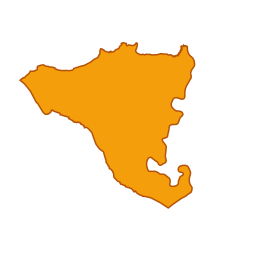 Chiang Khwan, Roi Et, Thailand (Albers equal-area conic projection), rotated 70°
{"feature_id": "78962969B97176317903626", "entity_name": "Chiang Khwan", "entity_type": "district", "adm_level": 2, "iso_a3": "THA", "parent_name": "Thailand", "parent_adm1": "Roi Et", "projection": "albers", "projection_center": [103.728, 16.148], "detail": "fine", "context": "isolated", "style": "filled", "palette": "amber", "viewbox_px": 256, "rotation_deg": 70, "n_neighbors": 0, "source": "geoboundaries", "source_scale": "gbopen_adm2", "svg_char_len": 5688}
<svg xmlns="http://www.w3.org/2000/svg" viewBox="0 0 256 256"><g transform="rotate(70 128 128)"><path d="M53.6,164.6L52.7,166.5L52.7,167.0L51.3,170.7L49.8,173.5L48.8,174.8L48.2,175.2L47.9,176.0L46.5,176.2L46.1,176.4L46.0,177.1L44.9,178.3L44.4,179.6L43.5,181.4L42.6,182.1L42.5,182.7L42.0,183.8L41.0,184.8L40.4,185.2L39.7,185.9L39.2,188.3L39.1,191.0L39.2,192.0L39.4,192.2L41.9,193.3L42.3,194.3L42.2,195.3L42.5,196.0L42.4,196.6L42.5,197.2L42.1,197.5L41.9,198.7L41.3,199.8L41.3,200.6L41.7,201.0L42.0,201.0L42.7,202.2L43.0,202.5L44.1,206.0L45.2,207.8L45.2,208.2L45.0,208.8L44.9,209.6L45.4,210.2L45.8,212.3L46.3,213.1L50.3,210.6L52.3,209.7L60.1,207.1L72.3,205.4L74.3,204.4L82.5,202.8L84.2,202.4L85.9,201.6L86.8,201.0L87.1,200.5L87.2,199.6L87.5,199.1L87.4,198.8L87.6,197.8L87.1,196.7L86.9,195.5L86.1,194.7L85.6,193.9L85.2,193.9L85.1,193.1L86.6,192.2L89.7,188.5L90.7,187.0L91.1,186.9L92.4,187.2L93.2,185.9L97.7,179.9L98.8,180.5L99.0,180.4L102.6,177.1L103.0,177.3L103.3,177.3L103.8,176.7L104.4,176.2L104.5,176.0L104.4,175.3L104.7,174.7L105.4,174.4L105.4,173.4L105.7,172.2L106.1,172.2L107.1,170.8L107.4,170.7L108.0,171.1L109.5,169.5L110.7,169.1L110.7,168.7L111.2,168.5L112.9,168.8L113.0,167.5L113.6,166.3L115.5,165.3L119.6,163.7L120.9,163.5L123.1,163.6L132.3,163.6L137.1,162.2L138.4,161.6L140.6,160.2L141.5,159.4L142.1,159.2L147.0,159.6L151.9,159.8L152.3,160.2L152.7,160.3L155.8,159.5L156.8,159.6L158.0,159.0L158.6,159.2L158.8,159.1L159.6,159.4L160.4,158.9L160.8,158.3L161.1,158.0L162.1,157.7L162.5,157.8L162.8,157.4L163.6,157.2L164.1,157.4L165.2,157.1L168.4,157.7L169.0,158.0L170.2,157.9L171.6,157.1L173.1,156.6L174.6,155.8L176.0,154.1L176.4,154.0L176.8,154.3L177.3,154.2L177.9,154.2L178.3,154.0L178.5,153.8L179.1,152.5L179.3,152.3L180.0,152.2L180.2,151.5L180.8,151.0L181.0,150.4L181.4,150.3L182.0,150.5L182.4,150.5L182.6,149.7L184.0,148.4L184.2,147.5L185.2,146.9L185.8,145.9L187.4,144.8L188.4,144.7L190.0,144.2L190.2,143.9L190.2,143.2L189.7,142.8L189.7,142.6L190.0,142.5L190.4,142.6L190.9,142.2L192.3,141.9L194.7,140.0L196.0,138.3L197.2,137.6L198.0,135.7L200.9,131.1L202.5,129.4L209.5,123.0L216.9,117.5L215.0,111.7L212.6,102.7L212.2,100.5L211.8,97.1L210.8,94.4L210.0,90.8L208.3,89.3L206.1,88.2L204.6,88.4L202.1,88.9L200.2,88.8L198.5,88.5L195.7,87.3L193.7,85.8L191.7,84.6L191.0,84.4L189.3,84.4L185.4,84.7L184.5,85.0L183.8,85.5L182.7,86.8L181.8,89.6L181.6,91.4L181.8,92.7L182.2,93.5L182.9,94.3L183.7,94.8L185.0,95.2L185.5,95.2L186.5,94.8L187.3,94.2L188.3,92.3L188.7,91.9L189.5,91.7L190.4,91.8L191.0,92.6L191.4,94.7L191.8,95.9L195.2,98.8L197.2,99.6L197.8,100.1L198.3,100.9L198.7,102.1L198.7,103.9L198.0,106.3L197.6,107.2L197.2,107.7L196.7,108.1L196.1,108.2L195.4,108.1L193.3,107.0L191.6,106.3L190.4,106.2L189.1,106.5L184.5,109.3L183.6,110.4L182.5,113.2L182.1,113.8L179.8,115.3L178.5,116.7L177.8,117.6L177.3,119.4L175.7,123.3L174.9,123.6L171.7,123.6L170.1,123.4L168.3,122.9L166.3,122.0L164.2,120.3L163.2,118.8L163.1,117.7L163.3,116.7L163.6,116.3L168.5,113.3L169.1,112.6L170.0,112.1L170.5,111.9L172.7,111.6L173.8,110.9L174.1,110.2L174.0,108.4L173.6,107.1L173.5,105.4L172.8,104.0L172.1,103.4L171.3,103.1L168.3,102.8L166.6,102.4L165.7,101.8L159.2,98.7L158.3,98.4L157.5,98.4L155.2,99.0L152.5,99.9L151.1,99.9L150.4,99.7L150.0,99.0L150.1,94.9L149.5,93.8L146.9,92.3L144.8,90.8L141.4,89.1L140.4,88.3L139.9,87.6L139.8,86.9L139.8,85.5L141.1,81.6L141.0,80.3L140.4,79.1L136.5,75.8L136.1,75.3L135.1,73.0L134.3,71.9L133.3,71.6L132.4,71.7L131.8,71.9L130.8,72.5L129.9,73.7L128.5,76.7L126.8,78.2L124.8,79.1L123.3,79.6L122.4,79.7L120.5,79.3L119.3,78.6L116.5,75.9L116.0,75.2L115.7,74.3L115.7,73.6L115.9,72.5L116.7,71.2L119.4,67.5L119.6,65.9L119.3,65.1L118.3,64.1L117.3,63.6L114.9,62.8L112.8,61.9L110.6,60.5L108.7,58.9L104.3,53.8L103.0,52.1L102.1,51.3L100.5,50.8L98.7,50.6L98.0,50.4L96.4,49.5L95.0,48.0L92.5,44.6L91.7,44.0L90.7,43.5L87.4,42.9L85.3,43.1L84.1,43.4L80.8,45.2L79.6,45.5L77.8,45.7L75.2,45.5L71.7,44.4L71.4,45.3L70.5,45.5L70.2,45.9L70.1,46.3L70.4,46.7L70.1,46.9L70.2,47.2L69.6,47.4L70.1,47.6L70.1,47.9L69.8,48.0L69.7,48.5L70.0,49.0L69.5,49.0L69.3,49.6L69.7,49.7L69.8,50.2L70.2,49.9L70.6,50.3L70.8,50.6L71.3,50.5L71.5,50.1L71.8,50.5L72.7,50.5L72.6,51.0L72.1,50.9L72.1,51.5L72.9,51.7L73.5,52.3L73.8,51.9L74.3,52.2L74.3,52.4L73.8,52.8L74.9,53.1L74.7,53.6L74.8,54.5L75.0,54.6L75.4,54.3L75.6,54.3L75.4,54.7L75.7,54.8L75.7,55.3L76.1,55.4L76.0,55.9L76.1,56.1L77.1,56.0L77.2,56.3L77.1,56.5L76.5,56.5L76.3,56.7L76.6,57.8L76.4,58.3L77.2,59.0L77.1,59.3L76.6,59.2L76.5,59.7L76.0,59.8L76.1,60.4L76.6,60.6L76.6,60.8L75.8,61.6L74.9,61.7L74.3,62.4L73.8,62.8L73.2,65.2L72.7,65.6L72.1,65.8L71.6,67.1L71.0,68.3L70.8,69.1L69.6,71.1L69.3,72.3L69.2,74.9L68.3,78.4L67.7,79.7L67.5,80.6L66.8,81.7L66.3,82.1L65.8,83.8L64.9,85.5L65.1,86.3L64.8,86.7L64.9,87.1L64.9,87.6L63.7,88.8L63.8,90.2L62.9,91.8L61.0,93.6L60.0,94.1L58.8,94.5L58.2,94.5L57.6,94.2L55.8,92.5L53.2,90.9L52.0,90.4L51.5,90.5L51.1,90.8L50.9,91.0L50.9,91.3L52.0,92.9L52.3,94.5L52.1,95.4L51.2,97.3L50.2,98.7L50.2,99.3L50.5,100.1L50.4,100.6L50.1,101.0L49.6,101.2L49.1,101.1L48.4,100.6L47.8,100.8L47.4,101.7L46.4,103.0L46.1,104.2L46.3,105.3L47.1,105.0L47.3,105.1L48.4,107.8L50.2,109.5L50.3,112.6L50.8,114.1L51.4,114.9L51.5,115.3L51.3,116.1L51.2,117.3L50.8,117.8L50.2,117.7L49.9,118.2L50.1,118.9L50.4,119.2L50.9,119.3L50.9,119.5L49.9,120.5L49.3,121.8L47.7,123.6L47.4,123.9L46.2,124.1L45.9,125.0L44.9,125.3L44.2,126.6L44.4,126.9L45.3,127.2L45.8,128.0L47.8,128.5L48.3,129.0L48.7,129.1L49.3,129.7L49.3,130.2L49.8,130.6L50.3,130.8L51.4,132.3L51.7,133.3L51.6,133.7L51.8,136.1L52.1,136.9L52.7,139.1L53.1,139.6L53.6,142.7L54.2,147.4L53.7,152.7L53.6,156.7L53.5,158.3L53.5,158.5L54.5,159.7L54.6,160.3L54.3,162.6L53.6,164.6Z" fill="#f59e0b" stroke="#b45309" stroke-width="1.5"/></g></svg>